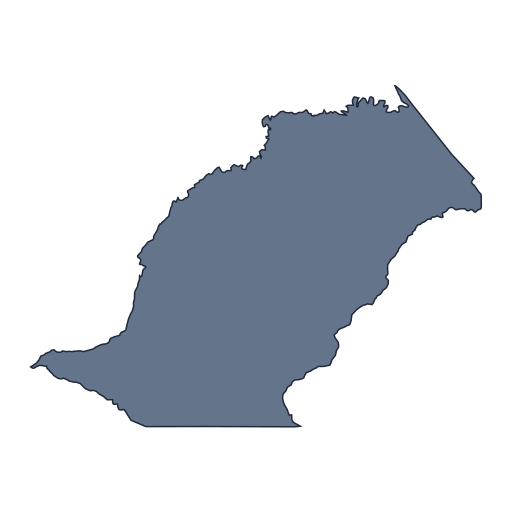 Siquirres, Limón, Costa Rica
{"feature_id": "36466004B47231661736374", "entity_name": "Siquirres", "entity_type": "district", "adm_level": 2, "iso_a3": "CRI", "parent_name": "Costa Rica", "parent_adm1": "Limón", "projection": "orthographic", "projection_center": [-83.503, 10.148], "detail": "fine", "context": "isolated", "style": "filled", "palette": "slate", "viewbox_px": 512, "rotation_deg": 0, "n_neighbors": 0, "source": "geoboundaries", "source_scale": "gbopen_adm2", "svg_char_len": 6037}
<svg xmlns="http://www.w3.org/2000/svg" viewBox="0 0 512 512"><path d="M474.0,178.4L451.7,154.3L409.3,100.8L405.7,95.9L399.2,89.0L394.6,85.2L398.0,92.4L398.4,93.9L400.0,96.4L401.6,100.8L403.9,102.7L405.8,103.4L408.6,105.6L408.3,106.6L407.4,107.1L405.2,107.0L401.9,105.7L399.7,106.0L398.8,106.4L398.3,107.3L399.1,109.2L399.1,111.0L398.5,112.1L396.9,112.1L395.1,110.6L393.4,110.9L390.4,112.4L388.4,112.4L386.3,111.9L386.5,109.8L387.9,107.6L387.9,106.0L387.7,105.5L386.3,105.5L385.5,105.7L384.1,106.8L383.6,106.7L383.7,105.4L384.9,102.7L384.9,100.9L384.1,100.5L379.6,100.5L379.0,101.1L378.5,103.2L377.6,104.2L375.1,105.6L374.2,105.6L373.5,104.6L373.7,100.1L373.1,98.0L371.7,97.0L370.4,97.0L369.8,97.4L368.3,102.7L367.8,103.4L366.9,102.4L366.8,101.7L365.2,98.8L363.0,97.9L358.3,102.9L358.2,105.8L357.6,106.8L357.2,106.9L356.6,106.2L356.6,104.2L357.9,99.6L358.8,98.0L354.4,96.9L353.4,97.9L352.4,100.7L352.6,103.1L353.3,104.5L353.3,105.2L348.0,105.3L346.1,106.2L346.2,106.6L347.2,107.2L347.9,108.4L348.1,111.2L347.8,112.2L343.6,110.9L341.3,111.0L341.6,111.7L345.7,114.4L346.2,115.2L339.3,114.3L338.5,114.0L336.6,112.4L334.5,111.6L332.7,113.0L331.2,111.8L330.7,111.8L329.5,112.3L328.5,113.2L326.4,113.6L324.1,110.1L322.8,113.3L319.6,113.8L317.1,115.3L314.4,115.3L313.9,115.6L313.7,116.2L311.5,115.6L311.1,113.8L308.6,113.4L307.2,110.6L306.2,109.9L302.6,112.4L298.9,112.4L295.8,114.0L293.3,113.6L292.2,112.5L290.3,112.5L289.1,112.9L286.1,112.6L284.8,112.2L283.5,111.2L280.4,111.8L278.1,113.8L277.8,114.4L274.4,116.9L273.3,117.0L272.6,116.4L271.5,116.3L271.2,116.7L271.0,119.0L270.3,120.1L267.9,115.6L265.2,117.1L262.5,119.6L262.2,121.7L262.6,124.6L263.5,126.7L265.3,126.4L266.0,124.5L267.4,124.7L267.9,125.2L268.7,127.4L270.2,128.1L270.8,129.2L270.1,129.8L269.3,128.5L268.6,129.0L268.2,129.9L268.0,132.0L268.8,136.0L266.1,136.6L266.3,138.0L268.6,138.6L268.9,139.2L267.6,140.6L266.4,143.1L264.2,145.3L265.1,146.3L265.5,149.9L261.7,149.7L259.4,151.8L260.0,154.1L261.4,156.6L261.1,158.3L260.6,157.9L260.5,156.7L259.9,155.7L258.1,156.1L256.8,157.8L254.7,158.8L254.1,158.6L252.7,157.0L250.8,156.7L250.6,158.5L251.0,160.6L249.7,162.7L248.2,163.5L247.4,164.4L246.2,167.6L245.8,169.5L242.7,169.2L241.8,168.7L241.7,167.7L242.7,166.0L242.6,165.4L241.0,165.2L239.6,166.0L237.6,166.5L235.3,165.1L233.8,164.7L230.8,167.7L231.2,169.5L231.1,170.6L227.2,170.6L226.2,171.1L225.4,172.1L222.7,172.3L221.5,171.4L219.1,167.2L217.5,167.7L214.7,170.3L211.9,174.1L209.8,174.4L208.9,173.6L207.2,174.6L205.4,176.2L204.0,178.3L202.7,179.4L199.6,180.5L199.0,182.2L194.4,184.8L194.6,187.5L192.3,188.0L187.9,190.6L187.6,191.1L187.6,192.0L188.4,193.5L188.6,195.2L188.0,196.9L187.4,197.5L185.7,197.9L181.9,200.5L179.4,200.0L178.5,198.9L178.2,197.6L177.9,197.5L176.9,200.4L175.9,202.0L174.8,201.1L173.4,201.1L173.0,201.6L172.4,202.8L171.8,206.3L170.8,207.9L168.7,216.4L166.8,217.9L164.5,220.5L162.2,222.0L161.3,223.6L160.8,224.0L160.0,223.9L158.5,226.3L157.3,230.1L153.6,236.4L153.6,238.5L153.1,239.6L148.0,242.0L145.0,245.8L142.5,248.2L141.4,251.7L137.7,255.6L137.6,256.6L138.0,257.4L140.1,258.6L140.7,260.1L140.6,261.4L139.6,263.3L139.6,264.2L140.0,264.5L141.8,264.4L143.2,265.7L145.5,266.3L145.7,267.3L145.3,267.9L144.4,268.3L142.9,270.3L141.8,276.0L140.9,276.7L140.2,276.5L139.7,275.6L139.5,276.1L139.5,279.5L138.0,283.6L137.5,286.7L135.3,290.7L134.6,292.8L134.5,298.7L133.4,303.0L133.6,306.3L132.3,310.9L130.4,314.3L128.5,319.0L126.9,325.1L125.9,330.0L124.0,331.3L121.5,332.1L120.0,334.1L119.9,335.1L119.2,335.5L114.9,336.6L110.7,338.3L109.7,339.7L109.6,341.0L108.6,342.5L106.2,343.8L102.3,344.3L100.0,345.1L95.5,347.2L93.6,348.8L86.6,350.8L83.4,351.6L80.3,350.9L78.7,350.9L73.6,351.3L72.2,351.7L69.5,351.4L65.9,351.6L62.5,350.9L60.7,352.3L57.3,352.1L55.4,351.1L54.1,349.8L51.8,350.2L51.0,350.6L50.1,351.8L47.9,352.5L46.9,353.1L45.6,353.3L44.6,354.8L40.9,356.0L38.8,360.3L37.6,361.5L36.9,362.8L30.7,366.9L32.4,368.1L34.0,368.2L35.2,367.3L39.4,365.4L41.8,365.5L46.7,366.4L47.2,368.7L49.0,370.0L49.3,370.8L52.5,373.9L53.7,375.5L57.5,378.0L60.0,378.8L62.0,378.8L63.6,378.2L67.9,380.1L68.8,380.9L73.6,382.1L75.8,382.1L80.2,383.5L84.8,388.2L86.0,389.0L89.7,390.6L91.6,390.8L92.2,390.3L93.1,390.3L96.2,391.3L99.3,394.1L103.4,396.4L107.2,399.8L112.5,399.7L112.7,402.7L113.4,404.1L114.4,404.4L115.7,404.0L117.4,404.1L118.0,407.6L118.9,409.3L119.6,409.8L122.1,410.0L122.4,409.5L124.3,409.7L131.1,420.3L145.9,426.6L206.0,426.5L295.0,426.8L300.3,426.2L293.6,422.5L292.9,421.6L291.8,419.4L291.7,414.9L289.4,415.1L288.9,414.4L287.1,409.3L284.5,405.0L283.3,401.8L282.6,398.1L282.9,394.9L283.6,393.5L286.0,390.8L287.3,387.5L288.1,386.7L291.3,384.8L292.0,382.3L293.7,380.7L295.1,380.0L298.6,379.7L302.6,378.6L303.9,377.7L304.5,375.9L306.2,372.8L311.3,370.7L313.3,369.1L316.5,367.8L317.9,366.5L324.1,366.4L329.9,365.1L331.1,362.5L331.7,360.2L335.4,355.3L336.6,350.2L338.5,347.3L338.6,345.0L338.3,342.9L337.9,341.8L335.0,337.7L334.1,334.9L337.0,332.5L337.5,331.0L338.9,329.5L340.8,328.4L343.8,327.4L346.2,326.0L349.8,324.6L351.1,320.7L351.8,314.8L356.5,309.8L360.8,306.6L363.5,305.2L365.2,304.9L366.9,304.1L368.4,304.0L372.0,304.6L373.1,303.3L375.1,298.9L375.9,298.4L377.0,296.1L380.1,294.4L381.6,292.8L383.0,290.2L385.4,288.6L386.9,286.8L388.2,283.7L388.4,280.7L387.8,279.7L386.0,278.0L385.7,276.6L387.6,274.5L387.9,273.7L387.6,269.5L387.6,265.5L387.9,264.3L391.1,259.4L395.1,255.9L396.4,253.3L398.2,251.1L398.2,250.1L399.0,248.6L401.6,244.9L403.5,243.3L405.9,242.1L408.0,236.1L412.3,234.2L412.8,231.8L414.9,230.1L416.3,226.8L417.8,225.0L420.4,224.3L422.2,222.7L424.5,221.8L427.5,219.4L428.6,219.1L430.9,219.1L432.0,217.2L434.5,217.0L437.6,215.9L438.5,216.6L441.8,217.6L443.0,216.9L442.3,213.3L446.2,211.3L448.8,208.2L451.0,207.4L452.7,207.6L455.9,209.8L460.5,208.8L464.6,208.7L467.0,210.6L468.5,210.8L470.4,209.6L471.2,209.6L472.9,210.3L474.1,211.7L475.0,212.2L475.7,212.0L476.7,210.8L478.5,209.6L480.4,209.1L481.0,208.3L481.3,205.9L481.2,195.1L480.7,193.9L478.9,192.1L474.2,185.3L472.1,183.6L471.5,182.0L472.8,179.5L474.0,178.4Z" fill="#64748b" stroke="#1e293b" stroke-width="1.5"/></svg>